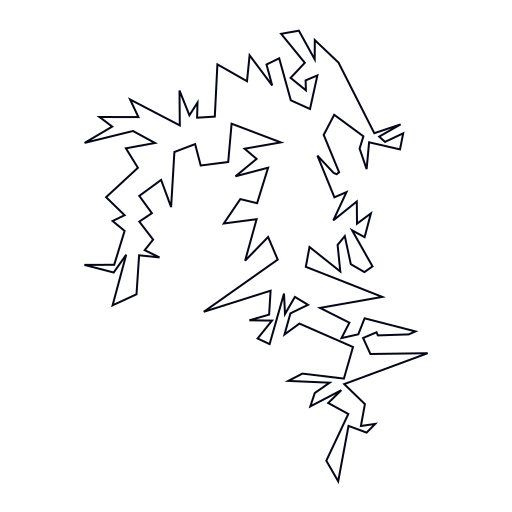 Wadung Kedungombo, Jawa Tengah, Indonesia
{"feature_id": "22746128B86942252851890", "entity_name": "Wadung Kedungombo", "entity_type": "district", "adm_level": 2, "iso_a3": "IDN", "parent_name": "Indonesia", "parent_adm1": "Jawa Tengah", "projection": "equal_earth", "projection_center": [110.819, -7.295], "detail": "medium", "context": "isolated", "style": "outline", "palette": "ink", "viewbox_px": 512, "rotation_deg": 0, "n_neighbors": 0, "source": "geoboundaries", "source_scale": "gbopen_adm2", "svg_char_len": 1870}
<svg xmlns="http://www.w3.org/2000/svg" viewBox="0 0 512 512"><path d="M200.7,165.5L228.2,162.0L231.6,123.7L280.8,142.4L244.6,148.7L256.6,158.9L235.5,176.3L268.1,167.7L257.1,203.2L240.3,199.1L223.8,223.5L256.6,219.2L245.1,260.7L268.1,237.0L277.7,259.6L203.8,311.8L270.6,290.7L269.1,314.6L249.4,320.3L272.0,320.6L257.6,338.5L269.6,344.1L284.0,293.6L285.0,314.0L294.9,296.9L308.0,304.8L290.4,313.4L284.5,334.5L299.4,323.6L353.0,347.0L343.9,378.6L302.4,373.6L288.3,380.9L329.6,382.7L314.8,393.0L310.3,406.4L341.3,390.2L328.2,403.0L348.3,414.0L326.3,460.7L338.2,481.3L348.5,425.9L366.6,432.6L375.2,423.9L360.9,426.0L364.9,404.1L344.2,384.1L427.6,353.2L370.4,354.0L363.1,338.0L376.5,332.3L377.9,335.4L408.7,334.4L415.4,331.4L364.6,318.3L358.3,334.3L341.5,338.1L349.4,322.7L320.0,307.9L382.3,296.9L305.8,266.8L309.5,247.0L340.3,271.5L337.6,244.9L344.8,236.1L350.8,264.2L364.4,272.1L372.5,266.4L352.1,230.3L364.6,237.2L370.9,213.4L357.0,223.7L356.8,201.5L333.3,220.4L346.5,192.1L334.4,197.3L317.4,155.6L333.6,172.9L336.6,174.2L339.1,172.3L323.7,134.9L334.2,114.8L363.4,136.3L359.6,148.6L366.6,169.1L369.1,142.3L400.0,149.4L403.2,133.3L385.0,141.9L379.2,136.6L400.6,124.4L374.3,133.2L338.5,62.6L314.8,40.1L314.7,59.4L298.9,30.7L281.1,33.8L304.8,62.8L290.6,77.9L305.9,90.3L305.6,80.4L317.4,75.4L310.0,109.0L290.8,100.3L279.2,58.3L266.5,64.5L272.2,85.5L249.6,55.3L247.0,81.2L217.4,64.4L214.8,116.6L197.1,117.7L197.5,102.6L189.4,115.3L179.5,90.5L179.8,125.4L130.1,99.5L138.4,117.1L99.5,117.0L112.2,126.6L84.6,142.9L133.0,131.0L155.0,143.0L125.9,148.3L137.9,167.8L106.1,197.2L124.6,215.2L112.6,221.0L124.6,230.9L114.2,264.8L84.4,264.9L113.7,272.5L126.2,254.7L112.6,305.3L136.5,294.3L139.1,255.3L159.5,257.4L144.7,250.2L153.1,239.6L139.3,221.6L151.9,213.2L139.3,195.9L161.1,179.9L171.1,207.1L174.4,152.0L195.1,144.1L200.7,165.5Z" fill="none" stroke="#020617" stroke-width="2"/></svg>